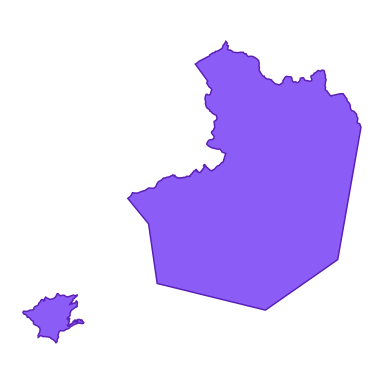 Guevea de Humboldt, Oaxaca, Mexico
{"feature_id": "50627088B66942360920108", "entity_name": "Guevea de Humboldt", "entity_type": "district", "adm_level": 2, "iso_a3": "MEX", "parent_name": "Mexico", "parent_adm1": "Oaxaca", "projection": "orthographic", "projection_center": [-95.455, 16.84], "detail": "fine", "context": "isolated", "style": "filled", "palette": "violet", "viewbox_px": 384, "rotation_deg": 0, "n_neighbors": 0, "source": "geoboundaries", "source_scale": "gbopen_adm2", "svg_char_len": 5778}
<svg xmlns="http://www.w3.org/2000/svg" viewBox="0 0 384 384"><path d="M310.9,76.1L311.1,77.5L311.9,79.7L311.3,80.7L310.8,81.2L309.9,81.2L307.1,80.6L306.4,80.7L304.6,80.0L303.6,77.9L302.6,77.7L300.4,78.2L300.0,80.2L299.5,81.1L298.0,82.7L296.5,82.5L295.8,81.8L293.9,82.1L293.0,81.7L292.5,80.9L292.1,79.8L291.8,77.9L291.1,76.9L289.1,76.6L288.1,76.7L286.4,76.3L284.9,77.5L284.2,78.9L283.3,80.0L283.0,80.7L282.8,82.6L279.6,84.7L278.9,84.8L278.2,84.5L275.5,83.9L273.7,82.6L272.6,81.3L271.9,80.9L271.6,79.9L270.1,79.6L268.9,79.0L267.2,79.0L266.2,78.5L264.5,77.3L264.3,76.2L262.8,76.0L261.0,73.5L259.2,70.3L259.4,66.9L258.9,66.1L259.2,63.7L258.7,61.0L257.7,59.6L256.1,58.3L253.4,56.7L251.1,56.2L248.4,56.5L247.2,55.8L246.2,54.2L246.1,53.7L244.5,53.8L243.3,52.3L240.1,52.3L237.7,52.7L237.0,52.7L236.5,52.4L235.1,52.5L232.9,52.1L231.7,50.7L230.4,50.1L228.6,50.1L227.6,49.2L228.3,45.8L226.9,45.6L226.8,44.7L227.3,43.2L226.9,42.5L225.8,41.3L224.9,43.1L223.0,45.6L222.3,48.0L220.9,49.2L219.4,49.9L219.0,50.4L218.2,50.8L216.5,51.3L215.3,51.4L215.1,52.4L213.1,52.8L209.9,54.7L209.6,55.8L198.8,61.4L197.0,63.1L195.3,64.1L207.8,81.2L207.0,82.1L206.8,83.3L209.3,87.1L210.6,88.0L211.8,89.7L211.4,90.6L210.1,94.5L208.9,95.1L207.8,94.9L207.0,94.2L206.1,94.4L205.3,96.4L205.0,99.7L205.4,100.4L205.7,101.8L205.4,103.7L206.3,106.8L207.3,108.2L209.3,109.6L210.1,111.3L210.6,111.3L211.4,112.0L211.9,112.7L213.3,113.8L215.0,114.8L215.8,114.8L216.2,115.4L217.0,117.8L216.9,118.9L216.3,119.9L215.3,120.7L214.3,121.2L214.0,122.1L214.3,122.5L214.4,124.6L214.7,127.0L214.5,127.9L214.0,128.7L213.4,130.2L211.7,131.6L211.5,132.7L211.8,133.3L213.2,135.2L214.0,136.0L214.1,138.0L212.7,139.4L210.3,139.7L209.2,140.1L208.1,141.1L207.4,142.3L206.8,143.6L206.9,144.5L209.3,146.5L212.1,147.9L217.2,149.1L218.6,149.2L219.8,149.0L220.7,149.9L222.2,152.2L225.7,153.4L223.1,162.0L221.9,162.5L219.0,165.5L217.4,166.0L216.5,166.8L214.8,168.9L211.8,170.7L210.2,170.3L206.4,166.8L204.8,164.6L204.1,164.8L203.6,165.4L203.5,165.9L204.0,166.1L204.5,167.2L203.2,168.3L202.6,169.8L201.6,170.5L200.7,172.0L200.1,172.6L199.0,172.6L198.9,172.1L197.2,171.7L197.1,171.4L197.4,170.9L196.4,170.7L196.6,169.9L196.2,169.5L195.6,169.7L194.9,170.7L193.6,171.2L193.6,171.7L192.5,172.7L191.8,174.0L191.3,174.1L190.7,174.7L190.5,175.4L189.9,175.8L189.9,176.4L189.5,176.5L189.1,176.3L187.8,176.4L187.0,176.2L185.4,177.3L183.6,177.3L183.1,177.7L181.5,177.7L180.9,178.1L179.8,177.7L179.0,178.3L178.1,177.8L177.2,177.9L176.5,177.0L175.3,176.9L174.9,176.6L174.7,176.3L175.1,175.8L175.0,175.5L174.7,175.3L174.0,175.3L173.7,175.6L173.2,175.4L172.8,174.9L171.4,175.9L170.4,176.1L169.9,176.7L166.3,177.4L165.6,177.9L163.4,178.1L161.8,179.8L158.3,181.8L157.2,183.4L155.8,186.7L154.0,188.1L152.9,188.3L149.7,188.0L148.4,188.1L145.3,190.4L141.1,191.6L138.0,193.0L134.0,193.0L132.5,192.7L130.8,196.0L127.8,198.4L148.6,223.9L157.2,283.5L265.4,310.1L337.7,259.6L361.0,127.1L360.3,125.8L360.0,124.2L359.4,123.6L357.5,123.0L357.0,122.5L357.6,120.5L357.8,118.7L357.6,117.6L357.0,117.0L356.6,115.6L356.7,114.9L356.2,113.8L353.9,111.3L352.2,110.8L351.1,109.9L350.7,109.0L350.4,107.7L350.3,105.6L349.5,103.5L347.1,100.8L346.9,98.8L345.5,97.3L344.6,95.6L343.7,94.6L343.3,93.8L340.6,93.7L337.5,94.3L334.9,95.0L331.9,95.5L331.3,96.1L329.4,94.7L329.3,94.2L328.7,93.5L327.0,91.0L325.5,90.0L325.2,89.4L325.6,87.6L325.0,85.6L325.5,82.0L326.0,80.3L326.0,79.1L325.3,77.8L325.5,75.5L324.6,73.2L324.3,71.0L323.8,70.4L321.9,70.1L321.4,70.3L320.5,71.3L318.0,70.5L317.2,71.1L316.6,72.0L314.1,73.3L313.8,74.2L313.2,75.0L312.2,75.2L310.9,76.1ZM55.1,297.6L53.3,298.6L50.5,299.4L49.4,299.2L48.0,298.4L47.4,298.3L45.7,297.1L45.1,297.8L44.6,298.9L44.8,300.4L44.2,300.8L43.6,300.8L43.0,299.7L41.8,299.5L40.8,300.4L40.8,301.0L38.8,303.2L38.7,303.8L38.2,304.9L37.0,305.9L36.0,306.0L34.4,307.1L33.8,308.1L33.8,309.3L33.0,309.8L32.1,310.0L29.5,310.2L28.2,311.1L27.2,311.3L25.9,311.4L23.8,311.1L23.1,311.9L23.0,312.6L23.1,313.0L24.1,314.1L25.4,314.5L26.8,315.6L27.2,317.1L27.7,317.4L28.5,317.3L29.4,317.7L30.9,319.5L32.2,320.7L33.4,321.4L33.4,323.3L34.0,324.4L37.8,326.1L39.8,328.2L40.1,329.3L39.9,331.2L39.6,332.6L38.6,334.2L38.1,335.5L38.2,337.3L39.1,336.8L40.4,335.6L40.8,335.5L43.2,336.7L44.5,336.5L49.7,337.2L51.6,338.9L53.3,339.7L55.2,341.6L56.0,342.7L57.1,341.6L57.2,339.5L58.5,337.1L58.0,335.3L58.9,332.4L60.1,330.6L60.8,330.5L62.2,330.9L63.9,330.8L64.9,330.3L65.2,329.8L65.7,329.5L67.4,329.0L68.7,328.4L69.7,327.7L70.3,326.8L72.3,325.8L72.9,325.2L76.0,323.9L78.0,323.2L79.3,323.0L80.6,323.4L82.7,323.6L83.5,323.2L83.8,322.6L83.0,321.7L82.3,321.2L81.9,320.7L82.1,320.3L81.4,319.9L81.3,320.2L80.7,320.5L80.6,320.0L79.3,319.4L78.4,319.4L77.7,319.6L77.3,320.0L76.5,320.4L75.7,320.1L74.9,320.1L74.7,320.3L75.4,320.8L75.8,320.8L76.5,321.2L77.4,320.8L77.7,321.3L77.8,322.0L77.6,322.2L77.2,321.5L76.4,321.9L75.7,321.5L75.2,322.0L74.7,321.8L74.4,321.3L73.4,321.2L73.1,321.5L73.2,321.8L73.1,322.1L73.1,322.6L72.8,322.8L72.8,323.1L71.9,323.4L71.4,323.9L71.1,323.9L70.8,324.2L70.3,324.3L69.6,324.9L69.3,325.7L67.9,326.1L67.4,325.1L68.8,323.9L68.7,323.0L69.0,321.9L69.3,321.5L69.3,320.9L68.5,320.2L69.4,319.5L69.6,319.1L69.6,318.5L69.1,318.3L67.3,318.9L67.0,318.8L67.3,318.2L69.8,316.0L70.1,315.1L70.0,313.4L70.6,312.0L70.8,311.0L71.6,310.3L72.2,309.5L73.0,309.1L75.2,307.4L77.0,306.7L77.3,306.0L77.0,305.4L77.4,302.7L77.0,302.1L77.0,301.5L76.3,301.0L75.7,302.3L75.2,302.8L74.7,303.0L72.9,303.4L72.5,303.8L71.9,303.7L69.9,304.3L70.6,303.3L70.7,302.7L71.8,302.3L72.5,300.3L72.9,300.3L73.1,298.8L74.3,298.5L74.9,297.6L77.1,295.8L77.2,295.5L77.0,294.9L76.0,295.5L75.0,295.8L73.3,295.0L72.6,295.5L71.5,295.6L69.6,296.4L67.2,296.9L66.2,296.7L65.2,295.9L63.9,295.2L60.1,295.7L59.3,295.1L58.4,293.9L57.3,293.6L57.0,294.0L56.9,294.6L55.1,297.6Z" fill="#8b5cf6" stroke="#5b21b6" stroke-width="1.5"/></svg>